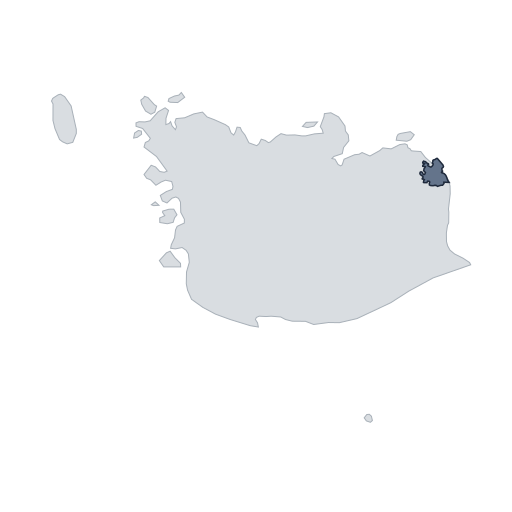 Yeoncheon-gun, Gyeonggi, South Korea (highlighted), rotated 94°
{"feature_id": "91817680B98224083425041", "entity_name": "Yeoncheon-gun", "entity_type": "district", "adm_level": 2, "iso_a3": "KOR", "parent_name": "South Korea", "parent_adm1": "Gyeonggi", "projection": "mercator", "projection_center": [126.988, 38.108], "detail": "fine", "context": "in_parent", "style": "filled", "palette": "slate", "viewbox_px": 512, "rotation_deg": 94, "n_neighbors": 0, "source": "geoboundaries", "source_scale": "gbopen_adm2", "svg_char_len": 4682}
<svg xmlns="http://www.w3.org/2000/svg" viewBox="0 0 512 512"><g transform="rotate(94 256 256)"><path d="M138.2,109.9L140.2,108.4L140.3,106.1L140.3,98.9L145.9,93.9L153.9,83.5L157.8,77.9L162.3,72.6L167.5,69.0L172.6,67.3L180.5,66.6L195.8,67.3L198.8,66.7L209.5,66.1L212.0,67.1L219.7,67.7L228.3,67.0L232.6,65.5L236.6,62.9L240.1,58.1L243.7,49.4L247.6,42.5L249.8,41.2L265.5,77.8L280.5,101.3L293.2,118.3L311.4,150.9L316.7,168.2L317.3,179.0L320.3,193.7L317.7,202.1L318.5,215.3L317.3,222.1L315.1,227.1L315.0,236.7L315.7,241.8L315.8,248.6L317.2,251.3L319.3,252.2L322.6,249.8L326.7,248.7L325.9,256.9L321.1,277.5L316.8,292.4L311.0,305.4L303.7,317.3L294.8,321.9L288.6,323.6L276.8,324.2L267.0,322.1L258.6,323.6L255.2,326.1L252.7,330.3L254.5,336.8L254.3,341.7L250.7,341.3L243.5,338.5L235.6,338.1L231.9,336.7L228.1,329.8L224.3,330.0L217.7,334.1L207.5,335.1L203.9,337.3L202.7,340.1L204.2,343.8L209.3,348.5L207.6,353.3L202.2,355.7L197.9,349.8L195.3,344.0L192.3,343.7L187.6,345.3L186.7,351.6L188.8,355.8L192.4,360.8L187.4,366.4L186.1,370.5L182.5,373.4L172.8,366.9L174.2,362.4L178.4,357.9L178.9,353.4L177.5,350.6L163.7,362.2L155.1,375.3L150.5,374.3L148.6,371.0L146.0,369.6L136.7,378.0L135.0,384.7L131.6,385.0L130.2,382.1L130.0,376.1L128.5,371.0L118.9,363.6L114.5,357.0L116.9,353.4L124.9,355.4L131.2,355.1L129.9,352.0L127.9,350.6L132.1,348.8L135.6,345.2L132.7,344.3L128.3,346.3L124.5,345.3L123.1,336.8L118.6,328.0L116.2,319.4L120.7,314.5L123.0,306.9L127.1,295.7L129.2,292.2L134.9,289.5L136.9,286.7L133.8,285.2L128.8,283.9L128.9,280.7L132.3,278.9L136.1,275.4L143.6,271.0L145.9,262.9L143.7,260.8L139.1,258.9L140.1,254.8L142.0,251.6L141.3,249.7L135.9,244.4L132.2,239.6L133.3,234.0L132.5,225.6L133.0,218.6L132.7,214.8L130.1,206.2L128.8,197.5L125.3,198.8L122.5,200.9L112.4,197.9L109.2,197.7L107.9,191.3L111.5,183.3L120.1,176.3L125.1,175.5L128.8,172.4L134.6,171.4L141.6,176.2L147.9,177.1L151.3,185.3L153.5,187.1L153.9,184.0L159.0,180.5L160.2,177.8L159.1,176.4L153.3,174.9L148.1,164.7L147.3,160.3L145.4,157.4L148.3,149.3L142.2,139.9L139.3,137.0L139.7,128.6L136.5,123.2L134.8,120.3L133.7,115.2L134.6,112.9L137.4,112.0L138.2,109.9ZM118.5,469.1L115.7,470.8L113.0,469.8L112.3,469.0L109.0,464.6L108.2,462.3L110.4,458.0L119.2,450.9L142.2,444.1L146.3,443.8L155.4,446.7L157.3,452.2L155.6,456.9L153.5,460.1L143.0,465.4L134.9,468.0L118.5,469.1ZM273.3,347.3L267.3,352.1L259.1,345.6L257.2,342.0L263.4,336.8L268.6,330.8L272.1,330.4L273.3,347.3ZM230.0,346.7L229.3,354.3L224.8,354.7L222.1,349.8L219.2,352.2L217.7,352.2L215.4,346.1L215.0,341.3L220.4,337.7L223.6,339.9L228.2,341.0L230.0,346.7ZM112.6,380.6L108.5,381.8L106.1,379.1L104.5,378.4L105.4,374.9L112.1,368.0L113.4,365.6L119.6,367.0L121.9,370.7L119.1,376.3L112.6,380.6ZM131.0,113.5L130.7,124.2L127.1,123.8L124.7,122.7L123.7,120.6L121.2,110.7L124.0,106.6L129.2,109.8L131.0,113.5ZM108.6,352.5L107.7,354.4L105.0,353.8L102.1,348.5L100.9,344.2L98.1,341.9L102.6,338.2L108.4,344.8L108.6,352.5ZM124.3,213.6L123.5,218.7L119.2,215.3L118.0,204.0L122.4,207.3L124.3,213.6ZM412.8,134.4L409.9,136.8L406.4,134.4L406.0,131.9L407.8,129.7L412.0,128.4L413.9,130.3L412.8,134.4ZM145.9,382.7L146.9,386.3L141.8,385.7L139.0,382.1L139.4,379.1L142.5,378.6L145.9,382.7ZM212.9,361.6L212.2,364.0L209.0,360.3L212.2,356.3L212.9,361.6Z" fill="#d9dde1" stroke="#a8b0b8" stroke-width="1"/><path d="M169.1,68.5L167.9,69.5L166.5,70.3L163.9,71.4L162.8,72.0L161.7,72.8L160.7,74.1L160.4,74.9L160.0,76.5L159.6,76.8L158.9,76.4L158.7,75.9L158.3,75.8L158.1,76.2L157.0,76.5L155.6,76.7L155.1,76.2L154.5,75.5L153.6,75.2L152.1,75.9L146.0,81.9L146.1,82.8L146.7,83.5L147.2,84.0L147.5,84.9L147.9,85.9L148.7,86.3L149.5,86.1L150.0,86.4L151.0,86.6L151.8,85.6L153.0,85.9L153.5,86.1L154.8,87.2L155.1,88.0L154.9,88.7L154.4,89.3L154.3,90.4L153.3,91.0L152.4,90.2L152.0,90.4L151.2,92.2L150.9,92.7L150.2,93.2L150.0,93.6L150.0,94.2L149.6,95.4L150.0,95.7L150.8,96.2L151.2,96.2L151.5,96.2L151.8,95.9L151.9,94.8L152.0,94.3L152.9,94.9L153.3,95.5L154.3,96.0L154.9,95.9L154.9,95.1L154.9,94.0L155.1,93.3L156.1,93.7L156.9,94.4L159.2,94.7L160.0,93.8L160.9,92.8L162.3,93.2L162.9,93.7L163.0,94.7L162.3,95.2L161.3,95.7L160.7,96.4L160.5,97.2L160.7,97.6L160.9,98.0L162.0,98.3L162.2,98.2L162.7,98.1L163.3,97.7L163.9,96.9L164.3,96.2L164.7,95.4L165.3,94.9L166.3,95.0L167.0,95.6L167.7,95.4L167.6,94.5L168.1,93.4L169.0,93.9L170.9,94.1L171.1,93.7L171.1,93.0L171.0,91.7L170.9,90.6L169.4,90.1L169.3,89.3L169.5,88.2L170.1,87.8L170.8,88.0L171.5,88.2L173.0,88.0L173.5,87.0L173.5,86.5L173.6,85.3L173.4,83.6L173.2,83.2L172.9,82.4L173.2,82.2L173.0,81.1L173.2,80.7L173.6,80.3L173.9,79.8L173.3,78.4L172.8,77.2L172.5,76.0L172.4,74.8L170.5,73.5L169.3,73.8L169.2,72.9L169.2,72.0L169.2,70.6L169.1,68.5Z" fill="#64748b" stroke="#1e293b" stroke-width="1.5"/></g></svg>